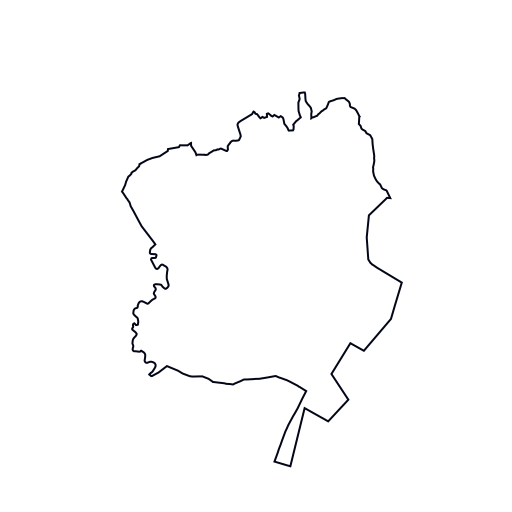 Rites pag., Viesites, Latvia, rotated 294°
{"feature_id": "27541924B10670366304681", "entity_name": "Rites pag.", "entity_type": "district", "adm_level": 2, "iso_a3": "LVA", "parent_name": "Latvia", "parent_adm1": "Viesites", "projection": "albers", "projection_center": [25.488, 56.197], "detail": "fine", "context": "isolated", "style": "outline", "palette": "ink", "viewbox_px": 512, "rotation_deg": 294, "n_neighbors": 0, "source": "geoboundaries", "source_scale": "gbopen_adm2", "svg_char_len": 6156}
<svg xmlns="http://www.w3.org/2000/svg" viewBox="0 0 512 512"><g transform="rotate(294 256 256)"><path d="M363.5,355.1L368.7,348.9L369.0,348.1L368.8,345.8L369.0,344.0L369.3,343.3L371.6,340.6L372.0,340.0L372.1,339.6L372.2,338.9L373.3,336.4L373.6,335.8L374.0,335.2L375.6,333.1L377.5,331.0L380.9,328.6L383.4,327.6L384.7,326.8L386.1,326.6L390.1,325.7L391.2,325.3L392.1,324.9L392.8,324.4L393.1,324.2L395.1,323.5L396.4,322.8L402.0,319.2L405.7,317.0L410.1,314.7L412.8,311.2L413.0,308.1L413.1,307.0L414.6,305.0L414.9,301.6L415.3,300.5L417.4,298.6L418.4,296.3L425.0,293.8L425.5,293.7L425.6,293.8L426.1,293.0L427.2,291.8L429.8,288.4L430.5,286.8L430.7,286.2L430.7,284.7L430.6,282.7L430.6,282.0L430.7,281.6L431.0,281.2L431.2,280.9L431.6,280.6L432.9,280.0L433.4,279.6L434.6,278.3L434.8,277.9L435.7,274.4L436.3,272.7L435.0,270.0L433.2,267.1L432.6,266.2L432.1,265.6L429.7,263.4L428.9,262.5L428.6,262.1L428.0,261.5L428.0,261.4L426.9,260.3L426.5,260.0L425.8,259.9L423.8,260.1L420.0,260.1L419.4,260.0L417.4,258.5L415.8,257.8L415.1,257.1L411.9,255.9L411.3,255.5L410.8,255.2L409.2,254.9L408.9,254.7L407.8,253.6L406.3,252.3L405.4,251.0L405.0,250.7L404.3,250.6L404.2,250.5L405.2,250.2L408.2,248.7L410.7,248.1L413.7,245.8L415.0,243.4L415.6,241.8L416.6,240.1L417.6,238.6L418.7,237.8L420.0,237.1L424.2,234.9L425.2,234.1L425.0,233.4L422.6,229.5L421.5,229.8L420.2,229.9L417.2,232.0L415.9,232.2L414.8,232.2L413.4,232.3L408.0,234.8L405.8,235.9L402.3,238.9L400.9,240.5L396.6,238.5L395.4,237.8L391.0,236.6L390.3,237.5L386.9,238.8L385.8,238.7L383.9,234.9L384.4,234.2L385.5,233.1L386.8,231.1L388.3,228.1L391.9,225.6L392.7,224.9L393.4,224.0L393.8,221.7L391.8,220.5L392.3,215.4L390.2,214.4L390.2,213.0L390.6,212.0L391.3,209.2L390.3,208.1L387.6,209.5L385.5,207.3L385.7,205.3L384.5,204.7L383.6,204.0L384.2,202.6L386.0,199.4L385.8,198.2L385.8,197.5L386.7,196.4L386.9,195.4L386.9,195.0L384.0,194.7L373.0,187.0L370.7,185.7L369.4,185.6L368.4,185.7L367.2,186.5L360.5,192.5L359.1,193.4L357.1,193.4L355.0,193.3L354.3,192.7L352.9,190.4L352.5,189.2L352.0,188.1L351.6,187.6L350.8,187.0L349.1,186.3L348.9,186.4L348.5,186.4L347.5,186.0L345.0,185.5L344.6,185.6L341.7,187.1L340.1,186.8L339.9,186.3L339.9,181.8L339.9,180.5L339.9,180.3L339.5,179.7L338.3,178.7L337.8,178.1L337.7,177.4L336.4,176.4L335.2,174.4L333.5,173.3L330.9,171.5L330.7,171.3L329.7,171.1L329.1,170.7L328.5,170.1L328.3,169.8L327.7,168.5L327.5,168.0L327.6,167.9L325.4,162.7L324.4,160.7L324.0,160.5L324.6,159.9L325.5,159.1L326.3,158.2L329.8,152.6L330.2,152.0L330.8,151.6L332.8,150.7L332.4,150.3L329.3,148.5L326.2,141.5L324.1,141.3L317.9,132.1L316.1,132.7L307.9,127.4L303.5,121.6L299.6,117.6L295.2,114.3L294.0,113.2L293.3,113.1L292.6,112.2L291.4,112.5L290.4,112.7L287.9,111.7L285.3,111.0L283.1,109.3L281.6,108.5L281.3,108.4L280.4,108.7L278.3,108.0L276.6,107.1L276.0,107.1L275.2,107.1L271.0,107.1L269.0,107.4L267.6,107.6L263.5,107.5L260.3,107.4L259.7,108.6L256.0,114.4L255.6,115.4L255.2,115.8L253.4,118.8L250.5,121.3L247.1,125.9L240.1,134.9L236.6,139.5L228.0,155.3L225.7,159.3L224.6,158.9L222.3,158.0L220.4,157.0L218.8,156.8L216.0,157.6L215.5,157.9L215.2,158.4L215.2,159.2L215.2,159.5L216.7,163.3L216.7,163.9L216.6,164.3L216.4,164.7L215.8,164.9L214.2,165.1L213.7,165.1L213.3,164.8L213.1,164.4L211.9,161.9L211.5,161.5L210.3,161.4L209.8,161.8L204.1,169.0L203.8,169.9L203.8,170.5L203.9,170.9L204.7,171.6L205.7,172.0L206.5,172.1L208.8,172.7L209.4,173.1L210.0,173.7L210.1,174.3L209.8,176.8L209.6,178.5L209.0,179.6L208.1,180.5L207.4,180.8L205.6,181.2L201.6,182.5L200.1,183.2L198.8,183.8L194.0,188.0L192.7,188.3L190.9,187.9L189.3,186.9L189.1,186.2L189.4,184.8L189.9,183.2L190.9,181.5L191.1,181.0L190.7,179.2L189.5,175.9L188.4,174.7L188.1,174.6L187.3,174.8L186.8,175.3L185.7,177.4L184.9,177.9L184.2,178.1L181.9,177.7L180.4,177.8L179.8,178.2L179.1,179.3L178.3,180.5L177.6,181.0L176.9,181.2L176.3,181.0L174.1,179.3L173.1,178.7L169.0,177.0L168.4,176.5L168.2,176.1L168.4,172.7L168.4,171.9L168.4,170.7L168.1,169.8L167.6,169.1L166.6,168.3L165.2,168.0L164.1,168.0L162.3,168.2L161.7,168.6L160.9,168.7L160.4,168.6L159.1,167.1L158.5,166.7L158.0,166.5L157.2,166.4L156.2,166.4L155.4,166.7L154.3,167.0L153.6,167.3L152.9,168.1L152.5,169.0L151.6,171.6L151.4,172.5L150.9,173.3L149.6,174.2L148.7,174.8L147.8,175.3L147.3,175.4L145.3,176.0L145.0,175.6L144.6,175.4L144.1,174.6L144.1,174.2L144.8,172.9L145.0,172.2L144.7,171.9L144.3,171.7L143.5,171.5L143.0,171.6L142.1,172.1L141.6,172.5L141.0,172.7L139.6,172.4L138.9,172.5L138.5,173.0L138.2,173.7L137.6,176.1L137.3,177.0L136.5,178.5L135.9,178.8L135.4,178.9L133.6,178.6L132.7,178.2L130.9,177.7L130.0,177.6L128.6,177.8L126.0,178.6L125.6,178.9L124.3,180.2L123.7,180.6L123.0,180.8L122.0,180.9L121.4,181.0L120.3,181.4L119.9,181.7L119.6,182.2L119.4,182.9L119.4,183.4L120.2,185.3L120.5,186.4L120.8,187.5L121.3,188.7L121.6,189.0L121.9,189.2L122.6,189.4L122.8,189.7L122.7,190.6L122.4,191.1L122.5,191.8L122.2,193.0L121.7,193.9L121.3,194.5L120.5,195.1L118.7,195.8L115.1,196.8L114.7,197.1L114.1,197.9L113.9,198.3L113.8,198.7L113.8,199.1L113.9,199.4L114.2,200.0L114.7,200.6L116.1,202.0L116.7,203.0L116.9,203.7L117.1,205.3L116.9,207.0L116.6,207.5L115.9,208.4L115.0,208.9L114.3,209.1L112.5,209.1L108.4,208.5L107.2,208.0L106.6,207.5L106.0,207.4L105.3,206.9L104.3,206.7L104.2,207.2L103.7,209.0L103.9,209.7L110.0,214.4L119.2,219.4L119.5,231.3L118.8,236.9L119.2,243.5L119.3,244.7L120.0,246.9L121.1,249.3L122.5,252.2L124.2,255.9L124.5,262.7L123.5,267.7L123.4,267.8L126.8,278.7L127.2,281.1L127.5,281.8L128.6,284.8L129.3,287.3L131.0,288.6L135.4,292.8L138.2,295.1L139.8,298.5L142.8,304.3L143.7,305.8L145.1,308.9L149.7,315.9L153.6,321.6L154.4,322.9L154.4,326.7L154.6,328.0L155.1,334.9L155.0,337.6L154.4,347.1L154.1,348.1L154.1,349.1L153.0,356.8L144.6,356.3L133.8,356.0L128.5,355.5L125.4,355.1L115.1,354.3L110.3,354.3L107.8,354.2L98.5,354.8L93.9,355.2L89.3,355.4L84.6,355.9L75.7,356.5L76.6,363.4L76.7,364.4L76.9,365.6L77.3,368.9L77.9,372.9L136.8,362.3L134.3,389.2L162.3,398.8L178.9,372.9L214.7,377.7L213.3,393.1L253.4,404.9L266.6,403.1L291.0,400.0L294.5,371.5L295.4,366.7L295.5,365.4L296.0,364.5L296.1,364.0L296.1,363.6L298.5,360.0L318.0,349.6L339.1,342.6L360.7,351.4L362.4,352.0L363.5,355.1Z" fill="none" stroke="#020617" stroke-width="2"/></g></svg>